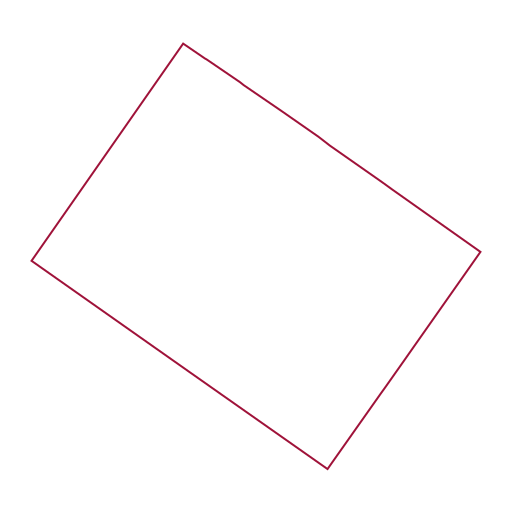 Uinta, Wyoming, United States of America, rotated 215°
{"feature_id": "52423323B13546704398274", "entity_name": "Uinta", "entity_type": "district", "adm_level": 2, "iso_a3": "USA", "parent_name": "United States of America", "parent_adm1": "Wyoming", "projection": "natural_earth1", "projection_center": [-110.653, 41.287], "detail": "fine", "context": "isolated", "style": "outline", "palette": "rose", "viewbox_px": 512, "rotation_deg": 215, "n_neighbors": 0, "source": "geoboundaries", "source_scale": "gbopen_adm2", "svg_char_len": 409}
<svg xmlns="http://www.w3.org/2000/svg" viewBox="0 0 512 512"><g transform="rotate(215 256 256)"><path d="M74.7,272.2L74.5,388.1L182.1,388.6L195.1,388.8L258.8,388.8L273.1,389.5L318.5,389.4L364.0,388.9L368.7,389.2L409.4,388.7L410.9,388.5L437.5,388.2L437.1,123.3L244.3,122.8L75.2,122.5L75.2,129.0L74.9,214.7L74.8,222.5L74.7,256.7L74.7,272.2L74.7,272.2Z" fill="none" stroke="#9f1239" stroke-width="2"/></g></svg>